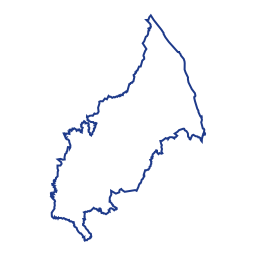 outline of Alto Lucero de Gutiérrez Barrios, Veracruz, Mexico
{"feature_id": "50627088B6461377547607", "entity_name": "Alto Lucero de Gutiérrez Barrios", "entity_type": "district", "adm_level": 2, "iso_a3": "MEX", "parent_name": "Mexico", "parent_adm1": "Veracruz", "projection": "equal_earth", "projection_center": [-96.611, 19.729], "detail": "fine", "context": "isolated", "style": "outline", "palette": "blue", "viewbox_px": 256, "rotation_deg": 0, "n_neighbors": 0, "source": "geoboundaries", "source_scale": "gbopen_adm2", "svg_char_len": 5783}
<svg xmlns="http://www.w3.org/2000/svg" viewBox="0 0 256 256"><path d="M201.8,141.4L201.9,139.1L202.7,135.7L204.3,134.4L203.7,134.7L203.1,134.1L203.9,132.7L203.5,132.0L204.9,133.5L204.5,135.5L205.1,133.9L204.9,133.2L204.0,131.8L204.3,129.8L203.8,128.7L202.8,128.5L201.2,122.2L201.8,120.6L201.9,119.2L201.5,118.3L201.8,117.2L201.6,116.4L200.9,116.9L200.3,116.2L198.5,112.2L198.3,110.5L197.3,108.8L195.0,101.2L194.2,97.8L194.4,96.7L195.2,96.4L195.4,95.5L194.9,93.2L191.8,89.1L188.5,82.4L187.9,79.2L188.0,77.4L185.6,72.5L184.6,69.6L184.7,63.2L184.5,61.3L183.7,58.9L180.9,55.5L180.5,54.2L179.1,52.5L179.1,52.0L177.8,52.0L168.8,41.9L165.4,37.3L163.6,34.0L163.6,33.0L161.4,29.7L153.8,20.1L150.8,15.4L149.3,17.2L148.4,19.9L146.4,20.0L150.0,23.7L150.7,25.0L150.5,26.1L150.9,26.7L150.2,28.3L149.6,28.0L148.4,28.5L149.2,30.5L148.3,31.0L148.1,33.9L147.6,35.1L147.1,36.0L145.8,36.8L144.2,41.3L142.7,43.3L146.4,49.0L145.1,51.0L143.5,55.2L143.5,56.1L144.1,57.0L144.2,58.9L142.3,60.6L140.7,66.5L139.0,66.6L137.5,70.4L136.6,70.7L136.2,71.9L135.6,72.1L135.9,72.8L135.0,73.5L134.8,74.2L133.6,75.0L133.9,76.3L134.4,76.8L133.4,81.4L132.3,82.0L132.2,82.7L130.6,83.0L130.1,84.0L129.3,84.1L127.3,91.5L126.4,91.3L126.1,92.3L125.2,92.1L123.1,93.4L122.8,95.1L121.1,94.7L120.6,95.8L119.6,95.3L119.4,96.2L118.3,95.8L117.3,96.8L116.5,96.4L114.8,97.4L113.8,97.0L112.2,97.8L110.7,96.7L109.6,96.8L108.6,95.9L106.9,99.3L104.9,98.5L102.8,101.3L100.5,101.2L99.3,101.7L99.4,103.6L98.1,107.7L98.6,111.7L97.5,113.5L95.3,113.9L94.4,113.5L92.8,115.8L92.1,115.5L89.6,115.8L87.7,117.1L87.0,116.3L86.9,117.2L87.6,118.5L87.5,119.9L88.4,120.1L88.4,120.7L91.0,122.0L93.3,122.1L94.0,123.4L95.8,122.9L96.5,123.3L96.0,124.5L95.2,125.2L95.5,125.2L95.2,127.2L94.0,128.4L94.4,128.8L93.9,129.4L93.9,130.7L93.0,131.6L92.2,133.2L92.3,134.1L91.4,134.7L91.2,135.4L90.0,134.6L89.9,132.8L88.7,131.9L88.5,130.7L88.9,130.0L88.7,129.6L89.1,129.5L89.3,127.6L88.2,126.0L88.6,125.7L88.8,124.2L88.1,123.1L87.0,123.4L86.2,122.9L85.4,123.3L85.0,121.8L84.1,121.2L83.1,122.8L82.1,122.8L81.7,124.5L81.2,124.6L81.5,125.2L81.1,125.8L81.2,126.8L82.7,127.7L81.7,130.2L82.1,130.9L81.5,131.5L81.7,132.4L80.7,132.1L79.5,129.4L78.5,129.5L78.7,130.1L78.4,130.4L77.3,130.3L76.6,130.8L76.0,129.4L74.2,128.3L73.3,129.2L72.5,128.7L72.3,129.4L71.9,129.5L72.1,129.9L71.6,130.8L70.0,129.6L69.3,130.1L69.6,132.6L69.4,133.3L69.1,133.0L69.3,133.9L66.9,133.5L66.2,133.7L65.9,134.4L64.7,133.3L63.7,133.4L65.7,137.9L66.3,137.7L65.9,138.4L66.1,138.7L66.9,139.3L67.8,139.3L69.1,140.5L69.3,142.3L70.4,145.2L70.3,147.5L69.9,148.2L69.9,147.2L67.9,147.1L67.1,151.2L66.6,151.7L66.6,152.8L65.2,154.0L64.5,157.3L64.7,159.5L62.9,159.7L60.5,158.9L57.8,159.4L61.1,162.1L61.6,163.8L60.5,165.5L57.5,165.5L57.5,168.4L58.2,170.5L57.7,171.8L57.6,176.4L56.0,177.8L56.0,178.8L55.2,180.0L55.2,181.3L54.7,181.4L54.0,180.2L53.8,180.4L53.8,181.6L54.5,183.4L52.2,183.9L52.5,185.2L53.2,185.4L52.8,185.5L53.6,185.5L54.6,186.4L53.9,187.3L55.1,188.0L54.9,189.5L55.5,189.3L55.4,190.2L56.5,190.5L56.2,191.7L55.7,191.4L54.3,192.3L53.3,192.4L53.3,193.2L52.7,192.9L53.5,193.9L52.2,193.7L51.2,192.8L50.9,193.1L51.1,195.6L51.8,195.1L53.5,196.5L53.5,197.2L51.6,197.1L52.7,198.6L54.7,200.3L55.1,201.4L54.5,202.5L54.8,205.6L54.3,207.1L54.5,208.6L51.7,212.7L51.8,216.0L52.2,216.3L52.1,216.8L53.8,218.3L54.4,218.0L54.7,217.1L55.2,218.0L55.6,217.7L55.8,218.1L56.3,217.6L57.2,219.0L57.0,218.0L57.9,217.9L58.1,218.4L58.5,217.7L58.8,218.1L61.1,217.9L62.5,218.7L63.8,218.1L65.7,219.4L65.9,219.1L68.0,220.0L69.0,219.9L69.2,220.9L70.2,221.5L70.9,221.2L72.5,222.0L73.7,222.1L73.8,222.6L73.4,223.2L74.1,224.0L74.4,225.1L74.0,225.5L74.5,226.6L76.6,227.8L77.2,229.8L78.6,232.0L80.2,233.4L80.8,233.3L82.7,235.5L83.1,237.1L83.6,237.0L83.3,237.4L84.2,237.6L84.6,238.3L84.4,239.9L84.8,240.6L85.8,240.1L87.0,240.2L87.8,239.1L89.9,238.4L90.2,237.2L90.8,237.5L91.3,236.7L90.8,233.7L89.4,233.0L87.5,229.9L86.7,229.4L85.5,227.7L85.2,226.7L83.0,225.0L83.1,223.7L83.7,223.4L83.9,222.9L83.7,221.1L84.0,220.0L83.4,218.9L84.2,218.7L84.9,219.6L85.2,219.3L84.6,218.0L84.7,216.9L84.4,216.6L84.8,213.3L84.0,212.3L85.5,211.7L87.0,211.9L88.0,211.1L89.5,211.3L90.1,210.7L90.6,210.9L93.7,207.8L94.7,208.7L96.6,208.9L97.5,210.3L98.5,210.7L98.6,210.3L98.9,210.8L99.7,209.7L99.8,210.9L100.5,211.2L100.0,208.7L100.6,208.9L101.6,213.0L103.1,212.9L103.5,213.5L104.6,213.4L106.0,214.2L108.5,212.4L109.0,211.4L108.9,211.0L109.3,211.2L109.0,210.4L109.5,210.4L109.5,209.3L109.8,208.7L111.1,208.2L112.7,208.9L114.2,210.3L115.4,209.2L116.0,209.5L116.7,209.1L116.7,208.1L113.0,205.9L112.8,204.8L112.3,204.7L111.5,203.1L110.1,202.0L110.1,201.3L109.6,201.4L109.8,197.5L111.3,194.7L111.1,190.8L115.9,193.6L119.3,192.3L119.3,191.0L119.8,189.8L121.3,189.0L121.9,189.9L124.7,191.8L135.2,190.1L136.6,190.8L138.5,186.7L138.9,185.1L139.8,183.4L140.5,183.3L141.1,182.1L141.7,179.7L142.9,178.8L143.7,176.9L144.3,176.5L144.3,175.3L143.7,175.2L143.7,174.8L145.2,170.2L146.5,170.3L147.7,169.6L148.4,169.7L149.6,167.9L149.6,166.7L150.6,166.1L150.8,164.3L151.3,163.8L151.1,162.0L151.4,161.7L150.3,159.8L151.4,159.4L151.4,158.1L152.1,158.4L152.4,158.1L151.9,156.9L152.7,156.5L152.4,155.5L152.8,154.2L154.5,152.6L154.9,151.8L155.6,151.6L156.2,150.3L157.0,150.6L157.0,152.4L158.5,154.1L159.5,153.1L161.6,153.7L162.4,153.3L161.4,151.5L162.0,149.0L161.3,147.0L161.9,145.1L161.4,144.6L160.4,141.0L162.1,140.8L165.7,138.1L166.7,138.6L168.0,138.1L168.2,139.0L169.3,137.4L169.9,137.2L172.2,137.2L174.2,138.4L174.3,137.4L175.5,137.4L177.2,135.7L174.7,133.6L177.5,131.8L179.1,130.1L183.3,128.7L184.2,128.8L184.8,130.3L186.4,131.1L187.5,132.7L187.9,133.5L188.1,136.6L189.6,138.3L189.7,139.2L190.4,139.4L192.1,135.5L193.3,134.8L195.6,136.2L197.6,136.5L198.3,137.4L199.0,137.2L200.3,138.0L200.4,138.7L200.7,138.7L200.9,140.3L201.8,141.4Z" fill="none" stroke="#1e3a8a" stroke-width="2"/></svg>